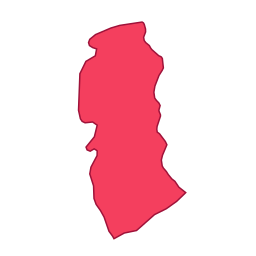 outline of Trabzon, rotated 71°
{"feature_id": "TUR-2302", "entity_name": "Trabzon", "entity_type": "Province", "adm_level": 1, "iso_a3": "TUR", "parent_name": "Turkey", "parent_adm1": "", "projection": "natural_earth1", "projection_center": [39.741, 40.811], "detail": "fine", "context": "isolated", "style": "filled", "palette": "rose", "viewbox_px": 256, "rotation_deg": 71, "n_neighbors": 0, "source": "natural_earth", "source_scale": "10m", "svg_char_len": 1135}
<svg xmlns="http://www.w3.org/2000/svg" viewBox="0 0 256 256"><g transform="rotate(71 128 128)"><path d="M32.4,80.2L33.6,79.2L35.3,78.9L40.1,79.2L42.9,80.1L47.3,83.7L50.6,84.2L53.1,83.4L57.0,81.0L60.0,80.5L61.7,79.9L69.5,75.5L70.4,74.7L70.9,74.0L71.8,73.3L73.5,72.9L82.7,75.0L84.7,77.0L88.4,81.6L97.1,88.9L102.6,91.9L108.4,93.0L111.3,92.1L114.3,90.7L117.2,90.3L121.2,93.0L122.8,93.2L126.0,93.0L127.3,93.4L136.0,100.0L138.6,101.2L141.4,101.7L143.7,100.1L152.9,97.1L156.5,96.7L164.9,104.2L169.1,106.9L175.0,108.0L177.4,107.6L181.7,105.9L185.1,105.1L190.3,103.2L193.7,101.0L200.5,99.2L207.9,94.5L213.2,105.9L216.8,118.1L218.5,131.1L227.7,153.3L226.1,165.7L228.1,177.3L225.2,177.8L219.4,179.6L204.4,179.6L197.1,180.9L189.9,183.0L183.6,183.1L171.5,179.4L159.0,179.1L153.0,175.8L144.0,166.2L139.6,164.6L138.6,165.2L136.7,166.8L137.6,171.3L135.4,173.8L132.4,173.9L125.4,162.7L115.3,156.2L110.8,159.5L109.1,166.9L106.8,169.2L103.8,170.0L95.1,169.0L61.0,155.8L51.3,146.1L49.1,135.4L43.0,131.9L40.5,135.2L37.5,137.6L34.4,137.5L31.7,135.3L29.1,128.3L27.9,111.6L28.3,102.4L32.4,80.2Z" fill="#f43f5e" stroke="#9f1239" stroke-width="1.5"/></g></svg>